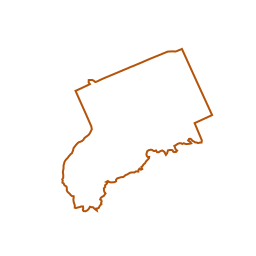 the district of Deodápolis, Mato Grosso do Sul, Brazil, rotated 223°
{"feature_id": "56859067B9873916097455", "entity_name": "Deodápolis", "entity_type": "district", "adm_level": 2, "iso_a3": "BRA", "parent_name": "Brazil", "parent_adm1": "Mato Grosso do Sul", "projection": "orthographic", "projection_center": [-54.181, -22.14], "detail": "fine", "context": "isolated", "style": "outline", "palette": "amber", "viewbox_px": 256, "rotation_deg": 223, "n_neighbors": 0, "source": "geoboundaries", "source_scale": "gbopen_adm2", "svg_char_len": 2652}
<svg xmlns="http://www.w3.org/2000/svg" viewBox="0 0 256 256"><g transform="rotate(223 128 128)"><path d="M138.7,43.3L137.2,43.6L135.5,42.8L133.0,43.2L131.5,42.1L130.2,40.6L128.7,40.1L127.4,40.1L125.5,40.1L124.0,39.9L122.6,40.0L121.2,41.0L120.3,40.1L119.4,38.7L118.1,37.5L117.0,36.7L115.7,36.0L114.4,35.3L113.5,34.4L112.6,33.4L111.4,34.0L110.6,35.5L109.4,37.2L108.7,38.7L107.4,39.9L105.9,38.7L105.2,37.3L103.9,36.9L102.5,37.9L101.7,39.6L101.5,41.5L101.7,42.9L102.1,44.5L100.8,45.1L99.6,46.2L97.9,46.1L96.1,46.2L94.6,46.4L96.2,47.5L95.4,48.5L94.9,49.8L95.5,51.3L95.6,52.8L95.5,54.3L96.6,54.7L97.1,56.2L98.2,57.0L99.6,56.7L100.2,58.4L100.0,60.2L99.4,61.6L99.6,63.3L99.8,64.8L101.2,65.0L102.8,65.8L104.5,67.4L104.5,69.3L105.7,70.5L105.5,72.5L105.9,74.3L107.1,73.8L106.6,75.5L104.9,75.7L103.3,76.6L102.0,78.0L100.8,79.4L100.4,80.9L101.4,81.9L101.5,83.8L100.8,85.1L99.5,87.3L98.0,89.0L97.8,90.5L97.7,91.9L97.0,93.1L96.5,94.9L96.1,96.4L95.4,97.5L94.2,98.8L93.0,99.8L92.6,101.7L90.7,103.2L91.7,104.5L91.9,106.1L90.1,106.3L89.6,107.7L91.6,108.5L91.4,110.3L91.8,112.0L91.5,114.0L92.0,115.6L92.0,117.0L92.0,118.6L92.0,120.1L92.8,121.3L93.8,120.3L95.2,120.4L96.6,121.3L97.4,122.7L98.1,124.2L97.7,125.9L96.5,127.7L95.3,128.4L93.9,128.6L92.9,129.2L92.2,130.7L90.3,130.1L89.0,131.2L88.6,133.0L87.7,134.9L86.6,135.2L84.7,135.3L83.1,134.6L81.9,134.2L82.1,135.9L82.8,137.5L83.5,138.9L82.5,140.3L81.3,141.5L80.2,142.1L78.9,141.5L77.7,141.9L76.5,143.4L76.7,145.0L78.6,144.8L79.9,145.6L81.9,146.5L81.2,148.4L80.9,150.2L79.8,152.2L78.6,153.1L77.4,153.4L76.8,154.9L74.7,155.7L73.6,156.9L72.1,158.6L71.3,159.9L73.0,160.3L75.5,159.9L75.9,161.7L75.1,162.6L73.9,162.9L72.3,162.6L70.4,163.1L69.1,163.2L68.0,164.2L66.5,164.7L65.5,166.3L64.3,167.5L65.7,169.4L82.6,177.0L76.4,192.1L75.3,194.8L98.6,204.4L112.2,210.0L142.5,222.6L143.0,221.2L143.6,220.2L144.6,217.8L145.6,216.1L147.2,214.9L148.8,213.3L149.9,212.2L151.1,210.9L154.9,202.6L158.9,194.0L162.0,186.9L162.6,185.5L166.8,176.2L167.8,174.2L168.7,172.0L170.8,167.4L174.6,158.9L178.6,150.1L180.0,146.9L181.5,143.3L182.2,141.2L183.3,139.3L185.5,139.2L186.9,138.7L188.1,137.6L189.4,136.3L187.9,134.5L185.8,134.1L189.4,124.9L190.8,121.5L191.7,119.4L184.2,116.2L170.2,110.3L156.0,104.2L153.6,102.4L153.0,100.5L152.5,98.8L152.1,96.6L152.3,94.8L152.7,92.9L153.0,90.8L152.6,89.2L152.7,87.2L153.5,85.4L154.3,83.9L154.5,82.6L154.5,80.4L154.1,76.2L152.7,73.7L152.3,72.5L151.8,71.2L152.1,69.8L152.0,68.5L152.0,67.2L151.7,64.6L151.8,62.7L151.5,60.6L151.0,59.3L150.3,58.1L149.7,56.8L148.7,55.7L147.6,54.5L146.1,52.1L145.2,50.9L143.7,49.9L141.5,47.5L141.0,45.5L139.9,45.1L138.7,43.3Z" fill="none" stroke="#b45309" stroke-width="2"/></g></svg>